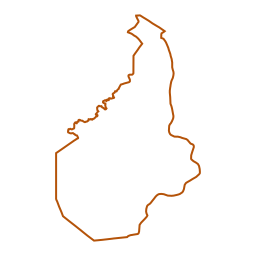 Nebaj, Quiché, Guatemala
{"feature_id": "79465075B6718623285372", "entity_name": "Nebaj", "entity_type": "district", "adm_level": 2, "iso_a3": "GTM", "parent_name": "Guatemala", "parent_adm1": "Quiché", "projection": "mercator", "projection_center": [-91.192, 15.606], "detail": "fine", "context": "isolated", "style": "outline", "palette": "amber", "viewbox_px": 256, "rotation_deg": 0, "n_neighbors": 0, "source": "geoboundaries", "source_scale": "gbopen_adm2", "svg_char_len": 5743}
<svg xmlns="http://www.w3.org/2000/svg" viewBox="0 0 256 256"><path d="M127.1,237.1L128.3,236.0L130.4,235.2L132.3,234.9L133.3,234.7L137.7,234.0L138.3,233.6L138.6,233.2L139.1,231.5L139.6,224.9L141.1,222.7L144.6,219.1L145.6,218.0L146.5,217.0L147.2,215.9L147.4,215.4L146.6,213.7L146.5,213.4L146.1,211.5L146.3,208.9L147.0,206.4L147.4,205.6L148.4,204.7L149.6,204.0L150.8,202.8L152.5,200.6L154.2,198.5L155.3,197.0L156.5,195.7L157.6,194.8L159.0,194.1L161.3,193.9L163.8,194.2L167.8,195.6L171.7,195.8L173.7,195.6L175.1,195.3L176.5,195.0L178.4,194.5L179.8,194.0L181.0,193.2L182.2,192.4L182.6,191.9L183.0,191.4L183.9,189.2L184.7,184.9L185.1,184.3L185.5,183.6L186.1,182.9L187.2,182.2L190.2,180.5L192.4,179.1L195.9,177.1L196.7,176.5L197.4,175.8L199.1,174.3L199.4,173.9L199.8,173.3L199.9,172.0L199.7,169.1L199.0,165.9L197.9,164.0L195.8,162.5L193.5,161.2L191.3,159.3L191.1,158.5L191.2,155.3L192.3,151.7L193.8,147.2L193.8,146.0L193.5,145.2L193.2,144.9L192.7,144.4L190.6,143.6L188.2,140.8L187.7,140.1L186.3,139.1L182.0,137.9L180.6,137.3L178.0,136.7L174.4,136.6L171.1,135.0L170.2,134.2L169.3,132.5L168.9,130.6L169.2,125.8L169.9,124.3L170.8,123.3L171.9,121.4L173.1,118.6L173.4,117.0L173.4,115.8L173.0,113.8L172.1,108.9L171.8,107.6L171.4,106.1L170.5,103.8L170.2,97.1L169.8,92.7L169.8,90.6L170.2,87.5L170.4,86.4L170.6,84.8L171.2,81.8L171.7,80.3L172.7,78.2L173.1,76.7L173.4,75.3L173.6,73.3L173.4,71.7L172.7,69.5L172.2,67.3L172.2,62.5L171.8,60.1L171.7,59.2L170.7,56.0L170.3,54.0L169.5,51.7L168.9,50.1L168.3,47.9L167.1,45.0L166.1,42.7L165.4,41.4L163.5,38.8L163.3,38.7L161.2,37.9L161.3,34.5L161.5,33.4L164.1,31.7L164.7,31.2L159.1,27.3L157.5,26.4L152.5,23.4L148.8,20.8L144.9,18.4L143.7,17.7L140.4,15.6L140.0,15.4L139.6,15.4L136.1,15.6L136.1,16.1L136.8,17.7L138.4,20.8L138.5,21.2L138.5,21.6L138.5,21.9L134.8,27.0L132.0,28.7L130.2,29.8L128.7,30.8L128.1,31.3L128.0,31.6L127.9,32.3L131.3,33.6L132.0,34.0L133.8,35.3L134.0,35.5L136.0,36.6L137.8,38.2L139.1,39.6L142.2,43.7L139.2,47.6L137.9,49.6L135.0,53.6L133.5,55.8L133.4,73.2L133.2,73.7L132.8,74.1L132.4,74.5L132.0,74.7L129.6,74.7L129.1,74.9L128.8,75.1L128.5,75.4L128.5,75.8L128.5,76.5L128.7,77.0L129.8,79.4L129.9,80.0L129.9,81.3L129.7,81.6L129.4,81.9L128.9,82.2L124.1,83.5L123.1,83.9L120.8,84.6L120.0,86.0L119.4,87.1L119.2,87.7L118.9,88.0L118.8,88.5L118.7,88.7L118.6,89.0L118.4,89.1L118.0,89.3L117.7,89.6L117.4,89.9L117.1,90.4L116.7,91.1L116.5,91.4L116.0,91.4L115.7,91.3L115.4,91.2L115.0,91.3L114.9,91.6L114.8,92.0L114.8,92.3L114.6,92.6L114.1,92.9L113.4,93.3L113.1,93.5L112.8,93.8L112.7,94.4L112.8,94.7L113.0,95.0L113.2,95.6L113.0,95.9L113.0,96.2L113.0,96.4L113.1,96.7L113.4,96.9L113.8,97.1L114.0,97.3L114.1,97.6L113.9,97.9L113.3,98.1L112.5,98.2L112.2,98.4L111.7,98.5L111.4,98.5L110.9,98.7L110.7,98.6L110.2,98.3L110.0,98.2L109.4,98.2L109.2,98.3L108.9,98.4L108.7,98.6L108.7,98.8L108.9,99.2L108.9,99.5L108.9,99.8L108.7,100.1L108.3,100.1L108.0,99.9L107.5,99.7L107.2,99.6L106.7,99.9L106.7,100.5L106.7,100.8L106.4,101.1L106.1,100.9L105.6,100.3L105.2,100.2L104.7,100.4L104.1,100.8L103.8,100.9L103.4,101.0L103.2,101.2L103.1,101.5L103.0,101.9L103.0,102.3L103.3,102.7L103.5,102.9L103.9,103.1L104.3,103.2L104.6,103.3L105.0,103.4L105.3,103.5L105.5,103.9L105.5,104.1L105.4,104.5L105.2,104.8L105.2,105.2L105.3,105.6L105.4,105.8L105.5,106.2L105.6,106.7L105.6,107.1L105.7,107.5L105.9,107.7L106.2,108.1L106.5,108.4L106.4,108.6L106.2,108.9L105.9,109.2L105.7,109.3L105.4,109.4L105.0,109.4L104.6,109.1L104.2,108.7L103.8,108.3L103.4,108.0L103.1,107.8L102.8,107.6L102.4,107.5L102.1,107.3L101.9,107.0L101.7,106.5L101.6,106.3L101.3,106.1L100.7,106.2L100.3,106.3L100.0,106.3L99.7,106.1L99.4,105.9L99.0,105.8L98.7,105.9L98.5,106.1L97.2,107.4L97.1,107.8L97.1,108.1L97.2,108.4L97.3,109.7L97.3,110.0L97.5,110.3L97.8,110.7L98.3,111.4L97.9,111.7L97.6,111.9L97.4,112.2L97.2,112.6L96.6,113.3L96.2,113.7L96.0,113.9L95.8,114.2L95.8,114.4L96.1,114.8L96.6,114.9L97.3,115.0L97.5,115.2L97.5,115.5L97.3,116.1L97.1,116.3L96.5,116.4L96.1,116.5L95.8,116.8L95.7,117.0L95.5,117.3L95.3,117.5L95.1,117.7L94.8,117.9L94.4,118.2L94.2,118.5L93.9,118.7L93.5,118.9L93.1,118.9L92.7,119.0L92.6,119.3L92.4,119.6L92.1,119.7L91.8,119.6L91.5,119.3L91.2,119.1L90.9,119.0L90.6,119.1L90.4,119.4L89.9,119.5L89.5,119.4L89.2,119.3L88.8,119.1L88.5,119.3L88.5,119.6L88.5,120.0L88.4,120.4L88.3,120.7L87.9,120.8L87.6,121.0L87.3,121.3L87.1,121.5L86.7,121.6L86.4,121.6L86.1,121.6L85.7,121.9L85.4,122.0L85.1,122.1L84.7,122.1L84.3,121.9L84.1,121.8L83.6,121.6L83.3,121.4L83.0,121.2L82.6,120.8L82.3,120.7L81.8,120.7L81.4,120.7L81.0,120.6L80.7,120.4L80.3,120.1L80.1,120.0L79.8,119.9L79.3,119.8L78.8,119.9L78.5,120.2L78.5,120.7L78.5,120.9L78.6,121.2L78.6,121.5L78.3,121.7L77.6,121.6L77.2,121.8L76.9,122.2L76.9,122.7L76.9,123.0L76.7,123.3L76.2,123.2L75.9,122.9L75.6,122.6L75.3,122.4L75.1,122.6L74.8,123.0L74.6,123.3L74.4,123.5L74.3,123.8L74.2,124.2L74.2,124.5L74.2,124.9L74.3,125.4L74.2,127.7L74.2,128.0L74.0,128.4L73.7,128.6L73.1,128.8L72.7,129.0L72.4,129.2L72.1,129.3L71.8,129.4L71.5,129.3L71.0,129.1L70.8,129.0L70.6,128.9L70.2,128.8L69.8,129.1L69.5,129.3L69.2,129.3L68.8,129.1L68.6,129.1L68.4,129.4L68.3,129.8L68.1,130.7L68.1,131.4L68.0,131.9L68.2,132.4L68.7,132.6L70.0,133.2L70.4,133.3L70.7,133.3L71.0,133.3L71.4,133.3L71.7,133.3L72.1,133.2L72.3,133.1L72.9,133.1L73.3,133.3L73.7,133.7L73.9,133.9L74.3,134.0L74.6,134.1L74.7,134.4L74.9,134.6L75.1,134.8L75.8,135.2L76.1,135.3L76.7,135.4L77.0,135.5L78.1,137.7L78.1,138.1L78.0,138.3L77.4,138.6L76.9,138.8L76.3,139.1L75.5,139.8L74.7,140.2L60.9,149.8L56.1,153.1L56.1,162.0L56.1,198.9L56.4,199.9L56.8,200.7L57.2,201.5L57.6,202.6L58.8,205.8L59.1,206.6L61.1,211.3L61.6,212.5L63.0,216.2L69.4,221.3L75.8,226.3L87.5,235.7L94.0,240.6L98.5,240.2L100.4,240.0L101.7,239.9L112.1,238.7L113.5,238.5L127.1,237.1Z" fill="none" stroke="#b45309" stroke-width="2"/></svg>